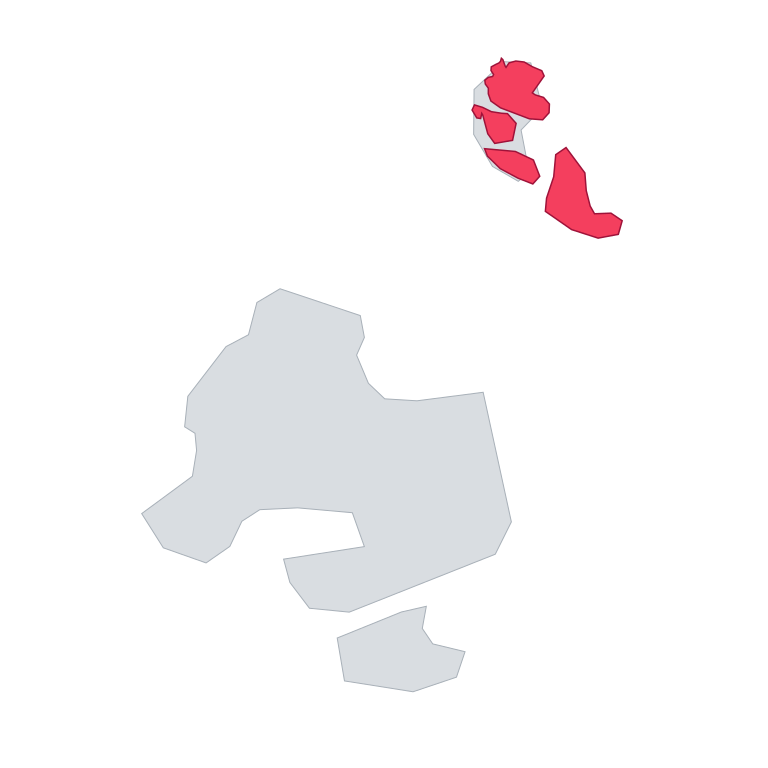 Föglö highlighted on a map of Aland, rotated 263°
{"feature_id": "ALD-4814", "entity_name": "Föglö", "entity_type": "state/province", "adm_level": 1, "iso_a3": "ALA", "parent_name": "Aland", "parent_adm1": "", "projection": "orthographic", "projection_center": [20.496, 60.014], "detail": "fine", "context": "in_parent", "style": "filled", "palette": "rose", "viewbox_px": 768, "rotation_deg": 263, "n_neighbors": 0, "source": "natural_earth", "source_scale": "10m", "svg_char_len": 1711}
<svg xmlns="http://www.w3.org/2000/svg" viewBox="0 0 768 768"><g transform="rotate(263 384 384)"><path d="M340.9,189.9L358.1,190.4L365.8,180.9L395.7,187.8L440.4,231.8L449.4,255.5L480.4,267.8L491.2,292.4L454.8,368.8L432.6,370.2L416.0,360.3L386.6,368.6L369.2,382.9L363.3,414.7L363.7,481.4L231.6,493.6L201.5,473.7L161.8,321.7L170.5,282.7L198.5,266.4L222.4,263.0L225.0,344.7L260.1,336.9L271.6,283.2L274.4,245.4L265.1,226.2L241.6,211.2L228.1,185.6L248.3,145.0L284.9,127.7L315.8,182.6L340.9,189.9ZM155.6,373.5L158.2,398.9L136.7,392.2L120.1,400.7L108.4,431.8L84.2,420.2L75.0,375.3L94.1,308.6L137.6,306.6L155.6,373.5ZM689.3,542.0L684.8,568.8L638.7,574.8L619.4,551.0L576.3,553.9L568.8,542.0L586.7,518.2L620.8,503.4L665.4,509.3L689.3,542.0Z" fill="#d9dde1" stroke="#a8b0b8" stroke-width="1"/><path d="M502.7,614.3L514.4,589.0L535.7,565.2L548.7,568.0L569.0,577.7L590.7,582.4L596.5,593.5L569.0,609.1L551.3,608.3L535.5,610.3L527.3,613.7L525.9,630.1L517.0,640.3L504.0,634.8L502.7,614.3ZM688.6,537.1L690.0,538.9L693.0,540.2L691.5,541.5L684.8,543.0L683.4,543.7L687.5,547.3L688.5,554.2L686.5,562.4L680.9,569.8L675.7,578.8L670.2,580.5L654.9,566.7L652.5,569.4L649.0,577.3L641.7,582.3L633.1,580.9L626.9,573.7L629.5,560.6L643.9,533.3L651.8,524.6L659.3,522.9L664.9,523.6L669.4,521.1L673.2,521.1L675.6,524.8L676.0,529.3L677.8,530.5L682.1,528.4L685.7,529.1L687.7,534.2L688.6,537.1ZM583.6,525.6L597.6,514.4L605.3,512.5L598.8,542.7L588.1,559.6L571.2,563.9L564.4,556.1L571.9,542.2L583.6,525.6ZM638.4,533.7L637.3,539.5L626.6,546.9L610.2,541.3L609.3,523.2L619.7,517.5L638.9,514.8L640.7,514.0L635.7,512.3L636.8,508.5L645.2,504.8L650.0,507.8L646.6,515.5L641.2,523.8L638.4,533.7Z" fill="#f43f5e" stroke="#9f1239" stroke-width="1.5"/></g></svg>